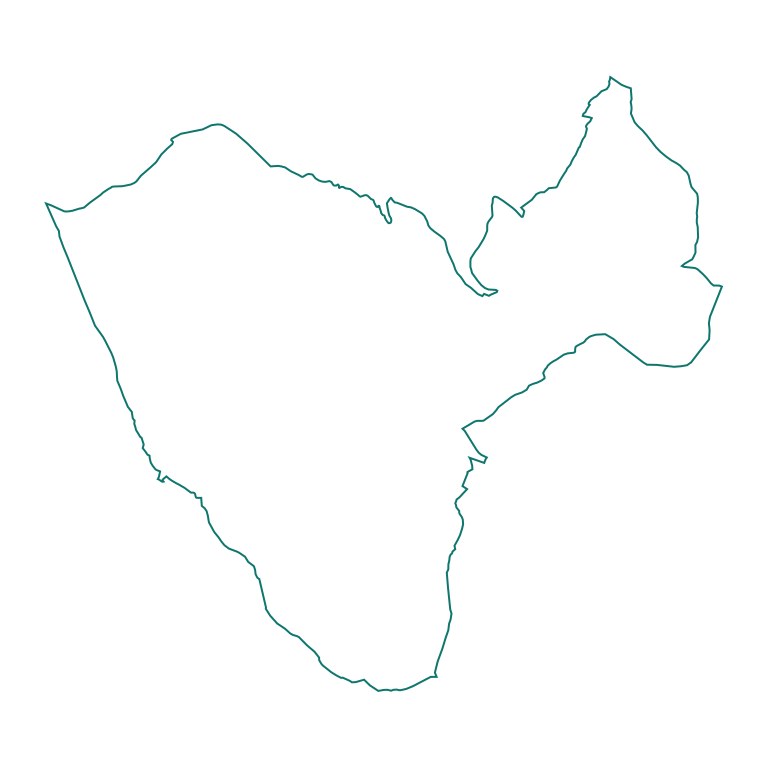 the district of Oncesti, Maramures, Romania
{"feature_id": "2599482B10269733092117", "entity_name": "Oncesti", "entity_type": "district", "adm_level": 2, "iso_a3": "ROU", "parent_name": "Romania", "parent_adm1": "Maramures", "projection": "robinson", "projection_center": [23.991, 47.848], "detail": "fine", "context": "isolated", "style": "outline", "palette": "teal", "viewbox_px": 768, "rotation_deg": 0, "n_neighbors": 0, "source": "geoboundaries", "source_scale": "gbopen_adm2", "svg_char_len": 6084}
<svg xmlns="http://www.w3.org/2000/svg" viewBox="0 0 768 768"><path d="M436.6,676.9L434.9,672.6L437.7,661.4L442.4,648.6L445.7,637.7L448.3,630.3L449.1,623.7L450.6,619.4L451.5,613.6L450.2,609.2L448.0,587.5L446.8,572.6L448.3,569.4L448.4,564.2L449.3,560.4L449.7,556.6L450.6,554.7L452.1,553.3L452.5,551.6L455.2,549.2L454.5,545.7L457.5,540.4L460.0,535.2L462.1,528.7L463.1,524.3L462.8,519.6L461.8,517.0L459.7,514.0L459.2,512.7L459.2,511.0L456.4,507.4L456.0,505.1L455.3,503.2L456.0,501.6L456.6,499.5L459.4,497.4L467.1,489.1L462.5,486.1L467.6,473.2L467.4,472.2L468.0,471.7L472.4,469.3L472.2,465.8L470.6,459.7L469.6,457.8L484.2,462.9L485.6,459.3L486.8,457.5L481.4,454.9L478.7,452.7L476.5,449.8L464.8,431.0L462.5,428.7L474.5,421.6L476.9,420.9L479.0,420.8L480.9,420.9L483.5,420.7L493.0,414.0L496.2,410.3L498.4,407.2L511.1,397.3L515.2,394.8L521.9,392.5L526.7,389.7L529.0,385.7L532.9,383.9L537.2,382.6L541.4,380.6L544.5,378.4L544.6,377.1L543.2,373.1L545.0,369.5L546.7,367.6L547.8,365.6L550.2,363.4L553.2,361.4L556.7,359.5L563.7,354.7L567.6,353.4L573.9,352.7L575.1,351.8L575.2,348.5L575.6,346.9L577.0,345.8L580.6,343.9L583.2,342.7L584.7,341.5L586.1,339.5L588.9,337.2L591.0,336.1L595.8,334.7L605.3,334.2L613.6,339.1L619.9,344.6L643.5,362.6L647.0,364.7L656.9,364.9L674.2,366.8L681.4,366.2L687.1,365.2L691.2,362.3L700.7,349.9L709.1,339.4L709.6,330.2L708.9,323.1L710.0,316.7L721.9,286.6L719.3,285.6L713.5,285.5L711.0,283.4L706.6,278.0L702.8,274.0L697.4,269.1L694.9,268.0L684.0,266.9L681.9,266.0L684.6,263.7L692.2,259.3L693.6,256.8L695.5,252.6L695.4,245.0L697.0,242.1L698.1,237.4L697.7,226.9L696.8,222.7L696.8,219.6L697.2,216.4L696.7,213.2L697.9,202.6L697.8,197.3L697.1,193.7L691.6,187.2L690.5,183.8L688.7,175.6L686.8,172.1L684.0,169.8L680.2,165.7L676.2,163.0L671.6,160.5L666.2,156.6L660.5,151.9L655.9,147.1L647.0,135.6L642.4,130.3L637.7,125.9L634.6,122.2L630.9,113.4L631.6,109.0L631.4,106.0L630.7,102.1L631.6,99.1L630.8,88.3L626.5,86.9L621.5,84.8L610.3,77.1L609.9,79.7L609.1,81.6L609.5,83.9L608.6,86.5L606.7,89.1L601.4,91.3L596.6,96.3L594.1,97.5L590.9,100.0L588.7,103.0L588.8,104.4L589.7,104.9L586.7,109.5L585.5,112.1L583.4,113.8L582.8,116.0L589.5,117.3L591.8,118.1L590.2,121.3L587.7,123.6L586.4,125.3L586.0,126.5L586.9,128.9L585.1,136.0L582.6,139.6L581.3,142.7L579.8,146.9L578.8,147.6L575.7,154.8L573.8,157.5L571.8,161.1L570.4,164.6L567.1,168.5L566.2,170.8L564.2,173.7L559.9,180.6L557.1,186.6L555.8,187.5L548.8,188.2L547.3,189.7L544.2,192.2L540.6,192.3L538.9,192.9L536.4,194.1L531.8,199.8L521.2,207.6L524.2,211.0L523.5,214.4L522.7,216.7L522.0,216.9L521.3,216.6L515.5,210.4L512.4,207.7L503.2,200.9L497.7,197.4L495.9,196.8L494.9,196.7L494.0,197.0L493.2,198.0L492.8,199.1L492.6,202.8L491.8,205.6L492.5,215.5L492.0,217.0L488.6,221.4L487.5,223.6L487.2,225.6L487.2,230.3L486.9,231.4L484.8,236.5L483.3,239.5L478.6,247.2L475.5,251.1L470.8,258.4L470.4,261.1L470.4,267.0L471.0,268.9L472.1,273.1L477.6,280.7L481.3,285.1L484.9,288.0L488.5,289.5L495.8,289.9L497.3,290.8L496.7,292.2L491.1,294.5L488.9,295.8L484.1,293.9L482.4,296.1L477.9,294.1L470.7,287.6L465.6,284.1L460.9,277.1L457.4,273.4L455.5,270.1L453.5,264.2L447.7,251.7L445.3,241.3L443.9,238.9L440.2,235.8L434.5,231.7L430.3,228.2L428.4,225.5L427.2,221.4L424.4,215.9L422.0,213.4L415.1,209.2L411.1,207.4L407.0,206.7L397.2,202.8L394.7,202.4L392.4,199.9L391.4,198.2L390.9,197.9L389.7,199.0L386.9,203.3L387.7,208.4L388.5,212.4L389.3,215.5L390.8,218.0L391.3,219.7L391.2,221.5L390.7,222.6L389.8,223.1L388.9,223.2L388.2,222.8L386.4,220.5L385.0,217.8L384.7,216.2L384.2,215.5L382.6,214.9L381.2,213.1L380.6,210.5L379.5,207.6L379.6,206.8L379.2,206.0L378.6,205.8L378.3,206.0L377.9,206.9L377.1,206.9L376.5,206.7L375.8,205.8L374.1,202.3L373.7,200.7L373.0,199.8L371.1,199.1L367.6,195.7L366.5,195.2L364.9,195.2L360.5,196.7L359.5,196.3L358.2,195.0L354.6,192.2L350.2,189.1L345.4,188.3L343.3,187.0L342.0,186.8L341.1,187.0L339.4,187.9L338.9,187.6L338.9,185.5L338.1,184.6L337.4,184.7L336.5,185.5L334.3,185.6L333.2,184.9L331.4,182.0L329.4,181.1L325.2,181.9L321.9,181.5L318.9,180.5L315.4,178.3L312.6,174.7L311.3,174.3L308.7,174.0L306.7,174.5L303.0,176.8L301.8,176.8L298.5,174.9L290.9,171.3L285.1,167.4L281.3,166.4L278.2,165.9L270.6,166.4L247.4,143.5L236.0,133.6L224.7,126.2L222.7,125.2L220.9,124.6L217.4,124.4L211.5,125.2L202.7,129.4L180.8,133.8L171.8,138.7L171.4,139.3L171.2,140.0L172.9,141.7L172.8,142.7L172.2,144.2L167.1,148.7L161.3,154.5L156.2,162.1L150.7,167.2L140.9,175.7L136.3,181.5L134.2,183.0L130.8,184.5L127.0,185.3L122.4,186.2L113.9,186.5L112.0,186.8L110.3,188.1L109.2,188.5L103.0,192.6L100.6,194.9L90.1,202.5L84.1,207.5L81.3,208.3L79.4,208.6L72.6,210.7L68.6,211.4L65.5,211.5L64.2,211.3L50.8,205.2L46.1,203.5L56.2,226.4L58.9,231.0L59.5,236.5L63.5,247.4L67.4,256.7L84.9,301.1L90.0,313.1L95.0,325.7L103.1,337.0L105.4,341.2L111.4,353.1L113.2,357.5L115.9,366.9L116.8,371.8L117.0,377.0L117.3,380.7L120.8,389.0L123.2,395.8L127.9,406.9L131.8,411.9L132.7,418.0L133.6,419.5L134.6,420.5L134.3,423.9L135.3,426.9L136.0,429.9L140.3,437.0L141.5,437.7L143.7,444.5L142.7,448.1L145.8,452.1L147.5,454.7L149.5,455.6L149.8,458.5L150.8,462.7L152.9,466.1L155.5,469.4L157.0,470.2L160.1,471.4L158.9,476.9L157.8,479.1L158.7,479.4L161.8,481.5L163.0,481.8L163.6,481.6L163.4,481.3L162.6,480.9L162.5,480.1L162.8,479.5L166.4,476.4L169.3,478.9L172.2,480.9L176.0,483.1L178.8,484.5L184.6,487.9L190.9,492.6L193.2,492.6L194.3,493.0L195.0,493.9L195.9,497.3L197.0,497.9L201.2,497.9L201.8,505.9L204.6,508.2L206.6,511.1L207.9,516.0L208.7,521.1L209.1,522.7L214.3,532.1L218.6,537.4L221.3,541.4L224.4,545.2L228.9,548.6L236.9,551.6L239.1,552.7L245.0,556.7L248.2,561.9L253.9,566.2L255.1,569.9L255.6,574.2L257.3,577.6L258.2,578.4L259.3,579.0L266.0,607.6L265.8,608.8L270.2,615.7L277.2,623.5L285.1,628.8L290.2,633.4L292.8,634.9L296.9,636.1L298.9,637.1L307.0,645.3L314.6,651.8L319.1,657.6L319.2,660.2L321.2,663.6L322.8,665.5L331.1,672.1L335.7,675.0L340.9,677.8L342.8,677.7L349.9,680.9L351.9,682.3L355.8,682.1L364.1,679.7L369.8,685.3L378.3,690.9L384.0,689.9L387.5,689.8L391.2,690.7L393.3,689.8L396.6,689.6L399.9,690.3L406.0,689.0L413.1,686.1L430.7,676.9L436.6,676.9Z" fill="none" stroke="#0f766e" stroke-width="2"/></svg>